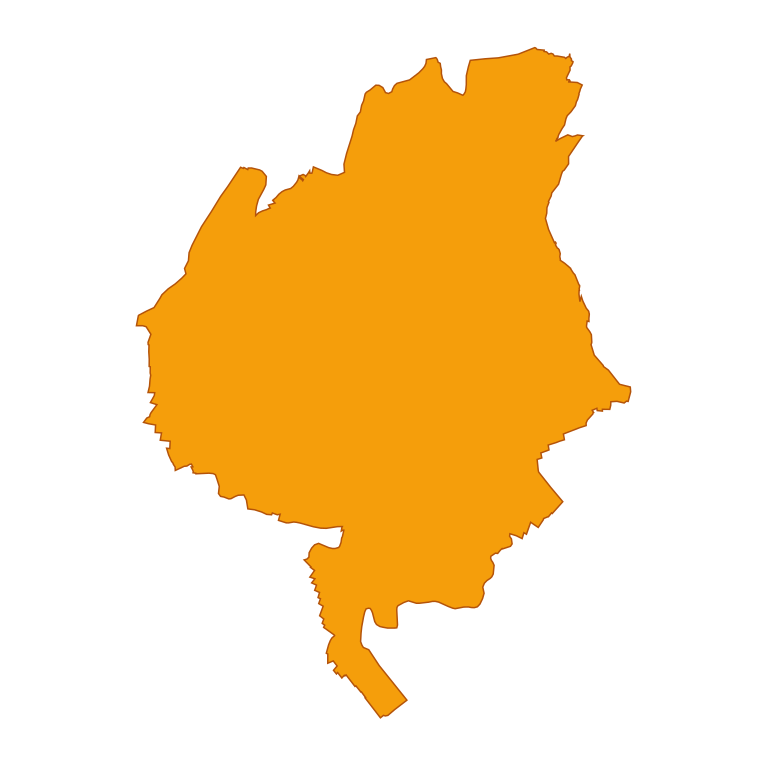 Jaltocán, Hidalgo, Mexico (Mercator projection), rotated 179°
{"feature_id": "50627088B46282994353665", "entity_name": "Jaltocán", "entity_type": "district", "adm_level": 2, "iso_a3": "MEX", "parent_name": "Mexico", "parent_adm1": "Hidalgo", "projection": "mercator", "projection_center": [-98.528, 21.154], "detail": "fine", "context": "isolated", "style": "filled", "palette": "amber", "viewbox_px": 768, "rotation_deg": 179, "n_neighbors": 0, "source": "geoboundaries", "source_scale": "gbopen_adm2", "svg_char_len": 6151}
<svg xmlns="http://www.w3.org/2000/svg" viewBox="0 0 768 768"><g transform="rotate(179 384 384)"><path d="M385.9,52.6L379.0,58.3L366.6,67.5L393.7,102.5L403.9,118.6L409.2,120.9L410.6,123.2L411.9,126.9L411.3,135.3L410.5,141.7L408.5,151.6L407.2,156.6L405.8,159.5L403.4,160.1L401.7,159.8L400.4,157.7L399.5,155.4L397.4,146.6L395.7,143.7L392.4,141.6L389.2,140.8L384.6,139.9L377.3,139.8L375.5,140.0L374.7,142.8L375.2,157.8L375.0,160.3L373.9,162.1L368.0,165.2L363.4,166.8L355.4,164.2L352.2,164.2L343.1,165.1L339.4,165.8L336.6,165.8L333.2,165.0L323.7,160.5L319.3,158.7L316.8,158.1L308.1,159.6L303.4,159.6L300.7,159.0L297.6,158.8L294.5,159.6L291.9,162.3L289.2,167.7L287.6,173.0L288.8,179.2L287.1,183.1L284.5,185.7L281.2,187.8L279.6,189.3L278.1,192.1L277.1,200.8L278.3,203.7L279.7,205.8L280.4,207.9L280.2,209.9L275.6,212.9L273.3,212.6L270.6,215.8L268.8,217.4L268.5,217.0L260.4,219.5L258.7,221.9L259.3,226.9L261.1,229.6L260.7,232.1L254.4,230.0L248.6,227.0L246.7,232.9L244.2,231.3L239.8,243.2L232.3,237.9L227.0,245.6L226.8,246.7L222.1,248.5L221.9,248.4L218.7,252.2L218.0,251.6L207.3,263.2L219.0,277.6L230.9,293.2L231.3,295.1L232.2,305.9L227.5,307.3L228.4,312.3L220.2,315.2L220.9,320.1L213.0,322.4L209.2,323.8L204.6,325.1L205.5,330.9L189.2,336.9L182.6,338.9L182.6,341.5L181.2,344.5L175.7,350.4L175.5,351.6L174.9,351.8L176.3,354.1L171.6,356.0L171.3,353.7L166.1,353.1L166.1,354.9L158.7,354.7L157.7,358.6L157.5,362.3L151.4,362.6L144.2,360.8L141.9,362.6L140.2,362.3L137.5,371.9L137.8,376.7L148.5,379.6L159.4,394.0L164.2,397.6L164.5,398.7L173.3,409.2L176.3,419.8L175.8,420.9L175.5,422.2L175.8,429.7L177.2,432.5L180.4,437.1L180.5,438.6L179.8,443.4L178.0,442.9L178.0,445.9L177.5,450.3L178.1,453.2L180.5,456.3L183.8,463.6L185.2,468.3L186.7,462.9L187.5,470.6L187.3,474.0L187.0,474.1L187.2,475.8L186.7,477.9L186.7,479.2L187.4,479.9L191.2,489.9L192.8,491.7L195.3,495.8L195.3,496.3L201.3,501.6L205.6,504.6L205.5,505.6L206.0,508.3L205.5,511.3L206.6,515.3L207.5,516.4L208.3,516.8L210.1,520.0L209.5,521.6L209.8,522.5L210.3,523.0L211.1,522.2L216.7,535.5L219.7,546.7L218.3,551.9L218.0,557.5L215.9,562.8L216.4,563.6L213.6,569.0L212.9,572.2L206.0,580.7L203.0,590.4L201.8,593.5L200.0,594.8L195.6,600.9L195.5,608.3L185.7,622.3L181.3,628.4L180.8,628.7L186.2,629.6L188.7,628.7L191.4,628.1L195.9,629.9L203.4,626.4L208.3,623.6L206.2,626.6L206.6,626.6L205.9,627.6L204.9,630.4L201.4,636.4L199.0,639.8L197.4,646.2L196.1,649.1L192.3,652.9L187.8,658.9L186.7,662.8L185.5,665.0L183.9,670.2L184.1,670.7L182.9,674.0L182.6,675.3L180.6,679.5L185.5,682.1L194.0,682.8L193.9,683.3L192.8,683.9L193.4,684.9L196.0,685.0L196.2,687.1L192.5,694.5L192.5,697.8L191.3,698.7L189.6,701.9L189.4,703.1L191.0,704.0L190.9,705.6L192.4,707.9L192.5,711.1L193.2,708.3L195.1,707.6L196.6,706.3L197.8,707.5L205.1,708.9L208.0,709.0L209.2,710.9L211.1,711.7L213.5,711.0L215.6,713.2L218.2,713.7L218.0,715.0L225.1,715.8L226.4,717.3L227.4,717.7L244.1,711.4L264.0,708.1L277.2,707.4L292.1,706.1L294.1,699.7L296.3,690.8L296.5,681.8L297.0,677.5L297.6,674.7L298.9,672.6L300.1,671.3L305.2,673.7L309.9,675.3L316.2,683.2L318.4,685.1L320.2,688.4L321.2,693.3L321.1,697.0L321.8,700.1L322.2,703.6L324.3,704.8L325.0,707.3L325.7,708.6L326.5,709.4L335.9,707.7L336.4,703.9L337.8,700.9L339.7,698.5L343.8,694.5L353.1,687.6L365.8,684.4L368.3,682.2L370.2,678.8L371.1,676.1L374.4,674.4L377.4,675.3L380.0,680.4L383.7,682.7L387.0,682.9L392.8,678.2L396.5,676.0L397.8,674.3L399.5,667.3L401.5,663.1L402.9,656.4L406.0,652.5L407.6,645.1L410.0,638.8L411.6,632.4L417.4,615.1L420.2,604.5L419.8,596.3L426.6,593.5L432.8,594.4L437.9,596.2L442.5,598.7L450.8,602.3L452.0,597.3L452.5,596.0L454.4,596.1L454.6,598.5L456.0,596.3L458.7,592.8L459.3,593.9L461.2,594.9L464.8,593.4L465.3,593.8L465.4,593.5L461.0,589.8L461.7,588.6L462.5,589.7L465.7,592.2L466.5,589.6L467.8,587.3L471.2,583.2L473.9,581.1L479.4,579.7L482.6,578.1L485.8,575.6L488.7,572.3L491.6,570.0L491.4,569.8L492.0,569.4L489.8,566.8L496.4,564.9L494.7,561.9L496.5,561.3L498.4,560.4L502.4,559.2L506.4,557.4L509.4,554.6L509.3,558.2L508.3,564.3L506.4,570.8L500.8,580.7L498.7,585.1L498.0,593.6L502.1,598.8L504.6,600.2L512.7,602.3L516.0,602.3L516.5,600.8L520.3,602.9L520.9,602.0L523.6,603.2L536.9,584.0L544.0,574.5L553.6,559.4L563.7,544.5L573.5,526.0L576.6,518.7L577.4,510.6L581.4,503.0L580.1,497.6L584.3,493.4L591.0,487.7L598.0,483.0L604.5,477.1L606.4,473.8L612.6,464.4L620.0,461.1L627.8,457.2L628.4,456.6L630.5,446.6L624.2,446.5L620.8,445.4L616.2,437.8L619.2,429.8L619.1,427.5L618.3,427.1L618.6,420.3L618.3,412.9L618.5,405.6L617.4,405.3L617.6,399.1L617.1,396.8L617.8,393.0L618.5,385.8L620.1,379.6L613.4,379.3L613.9,376.4L617.9,369.5L611.4,367.3L617.5,359.3L618.4,357.6L618.9,355.4L621.8,354.1L625.1,349.8L620.2,348.4L613.1,347.0L613.6,339.5L607.3,339.0L608.7,331.7L598.8,330.5L599.3,323.2L602.5,323.6L600.6,316.9L597.8,310.4L596.2,308.3L596.1,307.5L594.3,304.6L594.2,301.2L585.2,305.2L582.5,305.4L579.7,307.1L578.0,307.3L576.6,304.6L578.3,304.4L576.8,301.4L576.2,299.6L576.5,298.6L573.6,298.0L573.6,297.5L560.6,297.9L556.3,297.4L554.1,296.2L552.6,291.6L550.5,284.5L551.4,277.4L549.4,274.5L546.1,273.8L541.1,271.8L539.0,272.0L534.9,274.1L531.8,275.3L526.0,275.5L523.6,270.4L522.3,261.5L515.6,260.5L508.7,258.2L503.6,255.7L498.7,255.2L497.9,257.0L493.0,255.1L490.1,255.6L491.9,249.5L484.3,246.9L481.9,246.8L476.7,247.6L474.2,247.3L470.5,246.5L457.1,242.5L449.9,241.0L444.3,240.7L433.0,242.2L428.2,242.2L428.6,241.5L429.3,237.7L427.7,238.6L426.7,238.5L428.3,232.0L429.0,230.8L429.7,226.4L431.2,222.5L432.3,221.3L435.7,220.4L438.2,220.4L442.0,221.3L452.2,225.8L456.2,224.4L459.2,221.2L461.8,216.6L462.1,212.2L464.1,210.3L466.9,209.5L460.2,202.4L460.7,201.9L456.7,198.8L461.5,192.2L456.5,190.5L459.8,186.4L455.0,184.1L456.9,178.9L452.1,176.7L453.7,171.6L451.3,170.4L453.1,165.6L448.7,162.9L452.4,153.4L448.3,150.1L450.0,145.8L447.5,143.9L448.6,141.7L438.2,134.0L437.8,133.2L440.5,131.0L442.1,128.5L443.9,124.3L446.4,115.8L444.9,115.0L445.1,105.8L439.6,108.0L435.8,102.9L439.5,98.6L436.6,94.9L435.4,96.3L431.3,90.8L428.8,93.4L428.2,92.8L427.0,93.8L418.3,82.1L417.4,82.7L412.5,76.4L412.0,76.6L407.9,70.8L408.4,70.5L393.4,50.3L390.3,52.7L388.5,52.1L385.9,52.6Z" fill="#f59e0b" stroke="#b45309" stroke-width="1.5"/></g></svg>